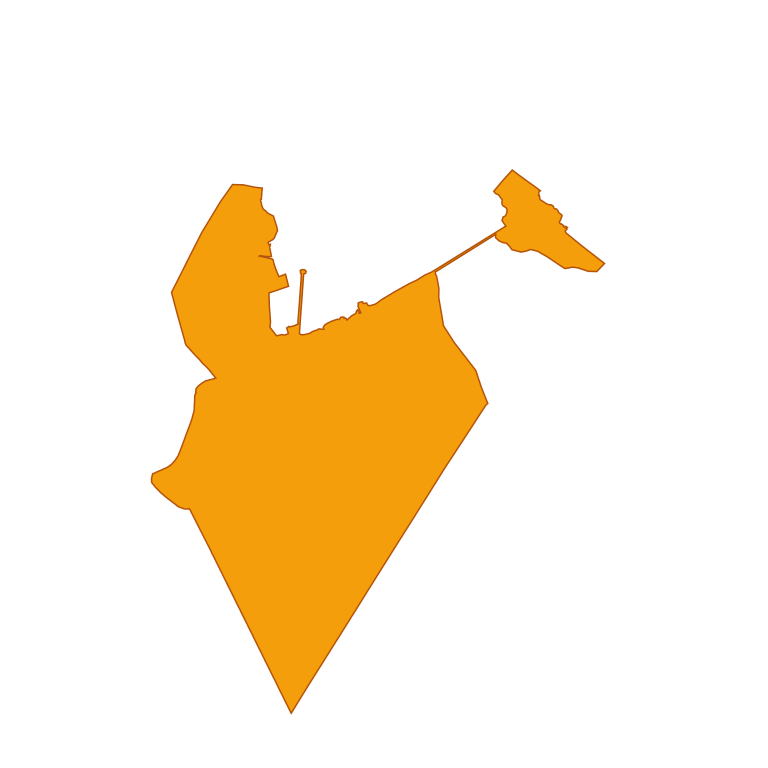 the district of Al Mansurah, `Adan, Yemen, rotated 242°
{"feature_id": "15242507B60312566406637", "entity_name": "Al Mansurah", "entity_type": "district", "adm_level": 2, "iso_a3": "YEM", "parent_name": "Yemen", "parent_adm1": "`Adan", "projection": "natural_earth1", "projection_center": [44.982, 12.841], "detail": "fine", "context": "isolated", "style": "filled", "palette": "amber", "viewbox_px": 768, "rotation_deg": 242, "n_neighbors": 0, "source": "geoboundaries", "source_scale": "gbopen_adm2", "svg_char_len": 5631}
<svg xmlns="http://www.w3.org/2000/svg" viewBox="0 0 768 768"><g transform="rotate(242 384 384)"><path d="M523.5,365.3L523.6,363.4L520.8,362.3L520.1,362.7L516.1,360.4L489.2,343.5L481.9,338.8L478.3,336.6L477.3,336.5L477.3,335.2L477.6,334.3L477.3,333.5L478.0,330.0L478.7,327.7L479.5,327.1L479.2,325.8L479.2,324.4L473.3,323.2L473.8,319.2L475.6,317.0L477.0,311.8L487.5,309.9L492.4,313.1L505.6,318.9L518.4,325.1L515.1,345.6L527.2,348.6L528.1,341.6L536.2,342.4L541.8,343.3L545.9,344.4L546.8,344.0L550.9,339.4L555.5,334.0L555.6,334.8L553.1,338.0L551.5,340.6L549.5,343.9L549.5,344.6L551.4,345.1L558.6,347.3L560.0,348.9L560.7,349.3L560.8,347.8L563.5,348.1L563.7,353.6L564.3,355.5L569.5,362.0L572.6,363.0L584.2,365.2L586.2,363.8L589.6,361.5L592.6,360.7L595.2,359.5L598.2,359.7L604.8,361.5L604.8,362.6L606.3,363.4L611.0,366.4L614.1,368.5L618.3,362.4L618.8,361.8L619.4,361.1L621.0,359.2L622.5,357.3L623.4,356.3L624.2,355.3L624.7,354.7L625.5,353.7L626.1,353.0L628.0,349.6L629.4,347.1L631.2,343.9L630.1,341.8L621.9,325.4L605.0,297.1L603.1,293.9L584.1,266.9L578.4,259.0L575.0,254.1L564.6,239.4L541.5,234.0L530.3,231.6L526.8,230.8L522.0,229.8L521.3,229.6L520.6,229.4L519.5,229.2L518.4,229.0L517.2,228.7L515.9,228.5L515.2,228.3L514.1,227.8L511.2,227.5L510.9,227.6L510.0,227.8L501.2,230.0L499.7,230.4L498.1,230.8L492.4,232.5L487.6,233.4L482.2,235.3L478.8,236.2L468.2,238.2L468.4,237.0L468.9,234.2L469.5,232.6L469.7,231.2L470.5,228.0L470.3,224.0L469.7,220.4L469.1,218.2L468.0,215.8L465.1,213.9L464.0,213.7L463.6,212.6L463.1,211.8L461.3,210.7L460.2,210.1L458.0,208.9L456.3,207.8L455.3,207.2L454.7,206.8L452.4,205.5L449.6,203.9L448.8,203.1L447.4,201.8L446.3,200.7L445.2,199.7L444.1,198.7L443.0,197.6L440.6,195.0L435.5,189.3L430.8,183.9L429.8,182.9L427.4,180.2L420.1,171.9L419.3,170.9L418.9,170.4L417.7,169.1L416.4,166.9L416.3,166.6L416.0,166.2L415.4,165.1L414.6,163.6L414.4,163.1L414.0,161.9L413.4,160.4L413.0,159.1L412.7,158.2L412.6,157.1L412.6,156.7L412.4,156.6L412.4,156.0L412.3,155.3L412.2,153.6L412.2,152.1L412.6,147.1L413.1,140.8L413.1,139.7L413.1,138.2L413.4,137.8L412.0,136.3L411.4,135.8L410.4,135.1L410.0,134.5L408.6,133.8L408.1,133.6L407.8,133.4L406.5,132.8L405.3,132.7L402.3,133.4L401.5,133.5L399.8,133.8L398.9,134.1L396.8,134.7L395.0,135.2L393.9,135.5L392.4,136.0L392.1,136.1L391.0,136.6L389.6,137.2L387.3,138.0L386.5,138.4L385.9,138.6L385.5,138.8L385.0,139.0L384.3,139.3L381.5,140.7L380.1,141.3L372.0,144.9L371.8,145.2L367.6,148.9L365.6,152.4L364.9,153.7L361.0,153.6L359.2,153.6L345.3,153.3L339.8,153.2L316.7,152.8L316.4,152.6L315.1,152.6L313.3,152.6L309.3,152.5L307.2,152.4L306.8,152.4L306.1,152.4L303.0,152.3L299.8,152.2L296.6,152.1L293.4,152.1L290.2,151.9L287.2,151.8L284.1,151.8L281.0,151.6L277.8,151.6L275.6,151.5L275.0,151.5L271.9,151.4L268.8,151.3L265.6,151.2L262.4,151.1L259.3,151.0L256.2,150.9L253.0,150.9L248.7,150.7L238.7,150.4L237.7,150.4L235.7,150.4L232.7,150.2L229.6,150.2L226.5,150.1L223.4,150.1L222.3,149.9L220.2,149.9L217.1,149.8L213.9,149.7L210.7,149.6L207.6,149.5L204.5,149.5L201.4,149.3L199.6,149.3L198.3,149.3L195.2,149.1L192.1,149.1L189.0,149.0L185.9,148.9L182.9,148.8L179.7,148.7L176.5,148.6L173.7,148.6L171.6,148.5L168.1,148.4L163.9,148.2L159.8,148.1L157.2,148.1L154.6,148.0L152.0,147.9L149.4,147.8L148.0,147.8L146.7,147.8L144.4,147.7L136.9,147.5L137.3,148.2L138.5,150.3L146.2,163.4L152.7,174.5L191.8,242.7L193.0,244.7L197.7,253.0L201.2,259.0L202.7,261.6L206.9,268.8L217.6,287.4L238.0,322.9L245.7,336.4L253.1,349.4L258.0,357.8L264.2,368.7L269.7,378.2L273.2,384.3L280.1,396.2L284.2,403.6L289.8,413.9L290.4,414.9L294.4,422.2L307.2,445.4L308.4,447.5L313.1,456.0L317.6,464.2L318.1,466.5L335.4,468.4L352.9,471.4L387.5,465.5L407.5,463.9L421.6,468.6L434.6,472.9L442.8,477.4L452.0,480.3L454.7,481.1L456.6,481.0L458.9,481.9L458.9,483.9L463.7,553.0L460.9,551.2L456.3,552.8L452.9,555.5L450.8,558.2L446.4,559.5L442.5,560.0L436.1,567.0L434.6,572.0L433.8,576.9L429.0,582.0L419.6,587.9L405.5,595.4L401.0,597.9L398.5,605.6L395.5,609.7L387.5,617.4L383.4,624.7L386.9,635.3L397.8,630.4L413.4,623.4L432.0,615.6L432.9,615.6L433.7,615.7L434.2,616.5L434.8,618.1L435.6,617.8L436.0,619.4L437.8,618.6L437.3,617.1L439.1,616.5L439.3,617.0L441.9,615.9L441.8,615.4L443.0,615.0L443.5,614.6L444.0,614.7L445.0,615.2L445.2,615.7L445.5,616.1L446.5,617.6L447.1,617.9L448.4,619.7L448.9,620.2L449.7,620.4L450.7,620.0L453.1,618.8L454.4,618.8L455.6,618.9L457.0,618.6L457.5,618.5L458.2,617.6L458.5,617.0L458.9,616.7L459.7,616.6L460.1,616.6L461.5,617.0L463.7,615.8L465.1,613.5L467.8,611.5L472.7,608.9L473.3,608.5L474.1,608.5L474.7,608.5L475.3,608.7L475.8,609.1L476.5,609.5L477.8,609.0L477.9,609.7L479.1,609.7L479.7,610.1L481.2,611.3L481.6,612.0L481.1,612.4L481.2,612.8L487.8,609.7L497.6,604.8L505.1,601.2L512.7,597.7L507.5,583.4L502.6,571.4L500.1,571.8L496.9,574.1L494.2,574.3L491.2,574.9L488.6,573.1L486.2,572.5L482.2,574.5L480.4,574.5L478.1,573.3L476.7,571.8L475.4,570.2L475.6,567.7L472.9,564.9L466.2,565.7L464.4,538.3L460.6,480.2L460.5,479.0L461.0,471.0L460.3,461.9L460.7,455.0L460.7,449.7L460.4,436.3L459.6,421.3L458.7,415.6L458.6,413.8L459.2,410.7L459.7,408.4L460.9,406.7L463.6,406.7L464.9,403.3L466.6,403.7L467.4,401.6L467.7,399.3L464.6,397.5L457.7,396.9L458.0,395.4L461.9,395.6L461.5,394.2L459.6,392.2L459.4,387.6L457.9,381.2L460.1,381.2L460.7,379.6L461.9,380.0L463.2,377.3L462.2,375.3L462.2,374.1L463.1,373.4L463.4,371.2L464.1,366.7L464.2,362.8L463.9,359.2L462.5,356.9L460.7,356.6L461.4,355.1L462.4,353.7L463.2,352.5L463.2,350.0L463.9,345.5L463.6,342.0L465.1,336.6L466.1,334.4L467.1,333.5L468.4,333.1L477.4,338.7L517.4,363.8L518.9,364.9L518.5,366.7L520.1,368.2L522.2,367.5L523.5,365.3Z" fill="#f59e0b" stroke="#b45309" stroke-width="1.5"/></g></svg>